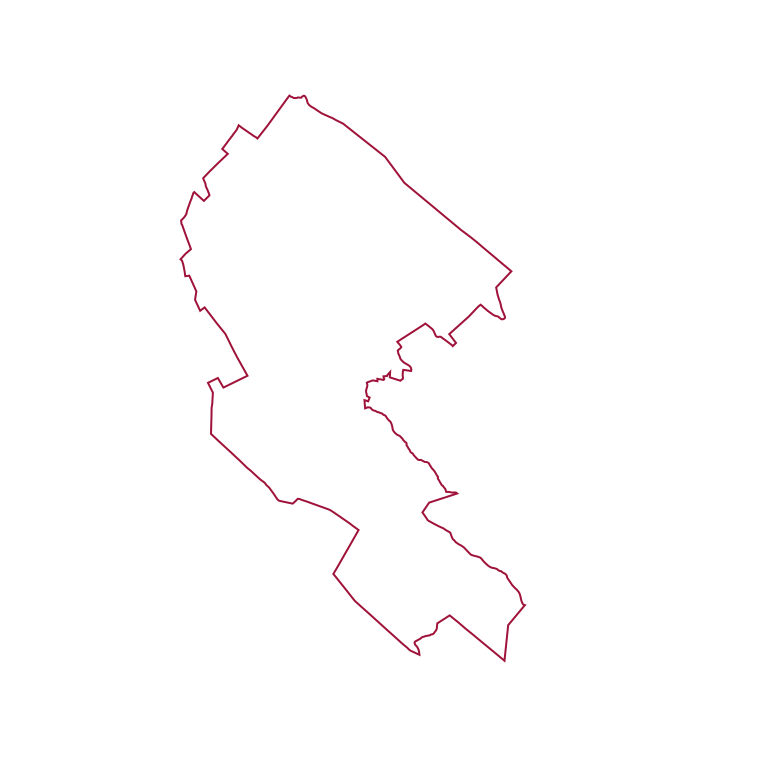 Ol Jorok, Central, Kenya (orthographic projection), rotated 324°
{"feature_id": "3690345B69894021790140", "entity_name": "Ol Jorok", "entity_type": "district", "adm_level": 2, "iso_a3": "KEN", "parent_name": "Kenya", "parent_adm1": "Central", "projection": "orthographic", "projection_center": [36.31, -0.178], "detail": "fine", "context": "isolated", "style": "outline", "palette": "rose", "viewbox_px": 768, "rotation_deg": 324, "n_neighbors": 0, "source": "geoboundaries", "source_scale": "gbopen_adm2", "svg_char_len": 6142}
<svg xmlns="http://www.w3.org/2000/svg" viewBox="0 0 768 768"><g transform="rotate(324 384 384)"><path d="M243.1,590.1L246.3,605.3L246.6,606.5L247.7,610.6L248.3,614.3L248.8,615.5L249.4,616.6L253.5,623.9L254.6,621.9L255.4,620.4L255.8,619.2L256.2,617.0L256.3,615.6L256.0,613.7L256.3,612.0L256.9,611.0L258.0,610.6L259.3,610.9L260.9,611.0L262.6,611.3L263.9,611.4L265.5,611.2L266.9,611.5L268.0,612.0L269.4,612.3L273.4,614.3L274.9,614.3L276.1,615.0L277.5,615.1L278.6,614.7L280.0,614.3L281.6,613.8L282.8,613.0L286.4,609.0L301.1,609.8L304.0,620.6L306.2,629.9L307.5,634.8L308.6,638.8L311.2,649.1L316.2,668.4L318.8,678.7L342.7,652.1L368.0,645.7L367.2,644.7L367.0,643.3L367.3,642.1L367.6,640.5L369.8,635.3L370.2,634.2L370.5,633.0L370.7,631.7L370.6,629.8L370.5,628.2L370.2,626.9L369.9,625.4L369.7,623.2L369.5,621.8L369.6,620.2L369.8,613.2L370.3,612.1L370.7,611.1L370.7,610.0L370.4,608.6L369.1,606.1L368.8,604.3L367.7,603.3L367.1,602.0L366.7,600.3L365.9,599.0L365.2,598.1L363.5,596.3L362.5,594.9L361.7,592.9L361.2,591.1L360.4,586.8L360.3,585.5L360.2,584.3L360.2,582.7L359.8,581.0L358.8,579.4L357.7,578.0L356.5,576.6L355.7,575.6L354.8,574.4L354.1,573.4L353.8,572.1L353.2,567.9L352.6,563.2L351.6,560.3L351.0,559.0L350.3,557.7L349.8,556.3L349.4,555.2L349.1,554.2L349.0,553.1L348.9,551.6L348.5,549.9L348.7,548.7L349.0,547.4L349.6,545.3L350.1,544.0L350.1,542.6L349.3,541.0L348.4,539.0L347.7,537.2L347.3,535.9L346.7,534.8L346.1,533.9L345.5,532.7L344.2,530.4L343.6,529.1L342.1,526.1L340.8,523.3L340.3,522.2L339.7,521.0L339.3,519.8L339.4,518.6L339.5,517.0L339.6,512.3L339.6,510.5L350.8,506.5L378.8,515.6L378.4,514.1L377.0,512.9L375.6,512.1L374.8,511.4L373.8,510.2L372.3,508.8L370.9,507.9L371.3,506.7L371.9,505.1L371.7,502.7L371.8,501.1L371.3,499.9L371.4,498.6L371.5,497.4L371.6,496.0L371.9,494.4L371.9,493.1L372.1,491.9L373.1,490.9L373.0,489.4L373.5,485.5L373.6,483.9L373.2,480.4L373.2,479.0L373.4,477.9L373.4,476.3L373.7,474.7L373.5,473.6L372.5,472.1L371.1,470.9L369.3,467.2L367.7,466.1L366.9,465.0L366.8,463.6L366.6,462.6L366.2,458.8L366.4,457.1L365.8,455.9L365.5,454.6L365.7,453.3L366.0,452.0L365.9,450.6L366.2,448.8L366.2,446.8L367.1,445.8L367.5,444.6L366.9,443.1L366.8,442.0L366.6,440.9L366.8,439.1L366.5,437.5L366.4,436.0L365.9,434.7L365.3,433.7L364.8,432.7L364.4,431.2L364.1,429.6L364.0,428.1L364.2,426.1L364.9,424.9L365.9,422.7L366.4,421.3L366.8,419.9L367.0,418.2L366.6,416.5L366.4,414.6L366.4,413.5L366.5,411.9L366.5,410.4L365.3,408.2L365.2,407.0L364.5,405.9L363.7,405.0L363.3,404.0L362.5,403.2L361.9,402.3L361.4,401.0L360.7,400.1L359.8,399.0L359.3,397.7L359.2,396.4L359.1,395.2L358.1,394.1L357.0,393.2L355.6,393.0L354.4,392.6L358.7,385.6L361.0,388.7L364.4,386.5L363.1,383.8L365.0,379.7L365.6,378.8L367.9,376.9L369.1,376.0L369.9,375.1L370.9,372.8L372.3,373.1L377.1,374.5L380.3,377.9L381.7,375.9L386.1,380.5L387.2,380.1L387.4,378.9L388.1,377.5L391.1,379.3L392.2,378.7L396.0,377.9L392.6,382.0L399.2,391.0L400.6,390.8L401.9,391.0L402.9,390.3L403.5,389.2L404.6,387.3L405.5,386.4L406.4,385.2L407.9,383.9L413.6,389.4L414.7,388.3L415.4,386.4L415.3,384.7L414.9,383.3L412.8,378.6L412.5,377.2L412.0,373.7L412.9,370.7L413.2,369.4L413.5,367.7L414.3,366.3L414.8,365.0L416.2,364.8L417.9,364.8L419.7,364.3L419.9,362.7L419.8,361.1L419.5,357.7L424.4,357.9L450.5,359.4L453.0,359.4L454.6,364.9L454.9,366.3L455.3,367.7L455.4,369.1L455.3,370.5L455.0,371.9L454.2,375.5L454.5,376.8L455.5,377.8L456.5,378.2L457.6,379.1L458.2,380.9L458.5,382.0L459.3,384.2L461.8,392.5L461.9,393.8L463.5,393.5L465.3,393.3L466.4,393.1L466.1,382.0L492.1,379.3L505.6,376.8L508.7,376.6L509.1,377.9L509.4,379.1L509.6,380.4L509.9,381.6L510.2,382.7L510.8,385.5L511.3,386.9L511.7,388.4L512.2,389.7L512.6,391.0L513.2,392.7L513.8,393.8L514.5,394.8L515.4,395.7L516.1,396.9L516.6,399.0L517.0,400.5L517.9,401.3L519.1,401.8L520.7,401.6L521.6,400.1L522.9,394.5L523.3,393.1L523.7,391.5L525.4,387.7L526.0,386.0L526.9,382.8L527.7,380.5L528.2,379.0L528.8,377.6L531.5,371.8L553.3,367.7L544.9,333.9L544.5,332.3L544.0,330.3L543.3,327.1L542.9,325.5L540.5,316.5L536.9,304.8L518.7,233.2L518.4,200.9L503.9,149.2L501.2,144.1L500.3,142.4L499.7,141.0L498.6,138.6L497.9,137.4L497.2,136.4L495.6,133.5L494.7,132.0L493.1,129.2L492.6,128.2L492.0,126.6L490.8,123.4L489.5,119.7L488.4,117.4L487.8,115.8L487.4,113.9L487.4,111.8L488.3,109.5L488.9,107.6L489.2,105.6L489.1,104.2L488.2,103.5L486.9,103.4L485.3,103.7L483.9,102.6L483.0,101.7L481.4,101.2L480.2,100.5L478.9,99.3L478.4,98.0L477.6,96.9L477.0,95.1L473.0,96.3L442.0,106.4L425.9,111.0L425.4,108.9L424.3,106.6L423.8,105.0L419.4,92.5L419.0,91.0L418.5,89.3L414.6,91.6L413.3,92.0L412.0,92.5L410.7,92.8L408.5,93.5L406.9,94.1L405.5,94.4L404.4,94.8L403.3,95.1L401.9,95.5L400.3,96.0L398.0,96.8L396.9,97.1L395.2,97.6L393.8,98.1L391.3,98.8L392.1,102.5L392.9,106.0L380.7,107.6L368.1,109.5L358.7,111.2L358.1,113.1L357.6,115.7L357.3,116.9L356.6,118.3L356.0,119.4L355.3,123.3L354.8,125.0L354.5,126.3L353.7,128.8L345.9,130.0L343.3,117.2L342.1,117.4L339.9,119.0L339.0,119.5L338.0,120.3L336.8,121.2L335.5,121.9L327.0,127.7L325.2,129.2L323.7,130.5L321.5,131.3L320.5,131.6L319.3,131.9L317.6,132.2L316.0,132.4L314.2,135.6L314.2,136.7L311.2,146.8L310.1,150.6L308.8,155.4L307.1,161.4L299.9,162.0L292.7,163.5L293.1,165.5L292.1,168.5L291.7,169.6L289.1,175.2L286.6,180.0L290.1,181.9L289.5,185.0L287.3,195.6L286.6,198.8L282.7,202.7L280.6,204.9L278.3,216.7L283.9,216.6L284.4,236.5L285.1,250.3L282.7,264.2L280.9,276.0L278.4,297.1L273.8,296.3L252.0,292.5L253.1,281.5L242.3,279.6L240.5,290.4L233.4,299.1L230.4,302.1L224.8,309.6L223.9,310.7L214.7,322.7L217.2,335.6L219.9,348.9L222.5,362.4L224.0,371.3L225.2,375.8L227.7,388.3L228.0,389.3L228.3,390.3L229.1,392.6L229.5,394.3L229.4,396.1L229.8,398.5L230.1,399.7L230.2,400.7L230.2,408.8L230.0,412.8L230.0,415.0L230.4,416.5L231.3,417.7L239.8,427.1L241.6,427.0L246.7,426.2L247.8,427.1L250.2,430.6L253.0,434.5L256.4,439.6L257.2,440.7L259.2,443.7L261.0,446.3L265.4,452.8L266.3,454.3L268.0,458.7L274.1,476.0L274.9,478.6L275.2,479.8L277.6,487.2L274.3,488.7L262.6,494.0L251.2,499.1L239.5,504.4L231.4,507.9L232.3,527.5L232.6,535.3L232.9,542.3L234.9,551.7L236.8,560.3L238.5,568.5L240.3,577.0L242.1,585.7L243.1,590.1Z" fill="none" stroke="#9f1239" stroke-width="2"/></g></svg>